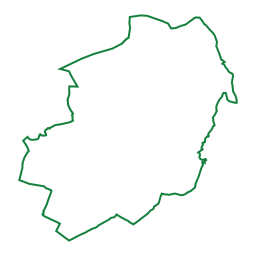 Bø nor, Telemark, Norway (Mercator projection)
{"feature_id": "86288312B18605763304298", "entity_name": "Bø nor", "entity_type": "district", "adm_level": 2, "iso_a3": "NOR", "parent_name": "Norway", "parent_adm1": "Telemark", "projection": "mercator", "projection_center": [8.999, 59.44], "detail": "fine", "context": "isolated", "style": "outline", "palette": "green", "viewbox_px": 256, "rotation_deg": 0, "n_neighbors": 0, "source": "geoboundaries", "source_scale": "gbopen_adm2", "svg_char_len": 5650}
<svg xmlns="http://www.w3.org/2000/svg" viewBox="0 0 256 256"><path d="M232.7,74.1L232.2,73.6L231.3,73.3L230.6,72.8L230.2,72.7L229.5,72.3L228.9,71.6L228.4,71.2L228.2,70.6L227.7,69.7L227.3,69.2L226.2,68.0L225.2,66.7L224.5,65.2L223.6,64.2L223.5,63.9L222.4,63.7L222.7,63.1L224.6,62.0L223.1,60.6L222.6,60.4L222.1,60.0L221.7,60.0L221.3,59.6L221.0,59.1L220.7,58.1L220.8,57.7L220.4,56.6L219.9,55.8L219.7,55.2L219.4,53.6L219.1,53.2L218.9,52.5L217.6,49.6L217.5,48.9L216.3,46.4L217.0,41.7L216.9,41.5L216.3,40.0L214.9,36.0L213.6,33.7L208.5,28.3L207.9,27.4L205.4,24.7L204.3,24.2L202.1,20.6L199.6,17.6L198.1,17.6L196.0,17.4L195.4,17.5L194.6,18.1L193.9,18.2L192.4,19.7L190.9,20.6L190.0,21.3L185.7,24.5L182.3,25.5L179.4,26.5L175.9,28.0L171.2,28.5L168.0,23.4L165.1,22.4L162.9,21.3L147.1,15.8L140.6,15.4L129.8,17.0L129.4,23.6L130.1,27.5L129.5,31.7L128.6,37.7L128.3,37.7L128.3,37.8L128.0,38.2L127.4,38.4L126.9,38.9L126.6,39.1L126.2,39.1L126.0,39.4L125.6,39.6L125.4,40.2L125.1,40.5L124.7,40.7L124.2,41.2L123.7,41.4L123.5,41.7L123.4,41.9L123.3,42.5L123.2,42.6L122.8,42.9L122.5,42.9L122.2,43.4L121.9,43.7L112.3,48.6L94.0,53.9L81.8,58.6L60.1,69.0L68.9,71.2L72.3,77.8L74.6,81.6L77.5,86.6L69.3,86.4L69.3,86.6L69.5,86.9L69.4,87.5L69.4,87.8L69.2,88.1L69.2,88.8L69.2,89.4L69.2,90.4L69.3,90.9L69.4,91.3L69.4,91.6L69.2,92.2L69.3,92.7L69.4,93.9L69.2,94.6L69.2,95.2L68.7,96.1L68.5,97.3L68.4,97.5L68.2,97.7L67.8,98.4L67.9,99.1L67.7,99.7L67.9,100.3L67.9,100.6L67.6,100.8L67.7,101.1L67.9,101.6L67.8,102.0L67.8,102.4L67.9,102.9L68.0,103.2L68.1,103.7L67.9,104.1L68.0,104.4L68.2,104.9L68.5,105.3L68.5,105.9L69.0,106.5L69.2,107.1L69.2,107.4L69.5,107.9L69.6,108.5L69.9,108.7L70.2,109.0L70.2,109.4L71.2,111.0L71.3,111.4L71.5,111.6L71.8,111.7L72.1,112.1L72.2,112.6L72.2,112.8L72.9,113.3L73.0,113.5L73.0,113.9L72.9,114.1L72.0,115.1L72.4,115.9L72.5,116.2L72.4,116.8L72.5,118.5L73.0,120.7L72.2,121.0L69.9,122.2L66.2,123.0L64.3,123.5L60.7,124.3L59.8,124.4L58.8,124.7L56.4,124.8L54.8,125.3L53.9,125.9L53.5,125.9L52.6,126.6L51.6,127.1L50.1,127.8L50.0,128.2L49.9,128.4L48.3,128.0L47.9,128.1L47.7,128.3L47.7,128.9L47.5,129.0L47.2,129.2L46.5,129.3L46.1,129.5L45.5,130.1L45.4,130.4L45.2,131.1L44.9,131.4L44.9,131.9L45.2,132.7L46.0,133.9L46.1,135.2L45.4,135.5L44.2,135.6L43.7,135.5L43.1,135.6L42.5,135.5L41.3,135.4L41.2,135.2L40.2,134.2L39.6,134.7L38.7,137.6L38.1,138.8L36.4,139.4L34.0,139.7L32.6,139.8L31.0,139.7L29.7,139.3L29.5,139.2L27.5,136.9L23.2,140.7L25.7,144.4L26.0,145.0L27.2,146.9L28.8,151.1L28.6,151.3L28.3,151.5L28.1,151.8L27.4,152.5L25.3,156.1L25.1,156.5L24.0,158.5L23.8,159.6L22.9,161.6L22.5,164.7L22.5,165.3L22.3,168.4L21.2,172.7L20.8,174.4L19.3,180.0L29.0,183.8L44.0,186.3L45.9,188.2L48.9,189.2L50.0,189.7L50.2,190.1L51.2,190.3L51.5,191.0L51.3,191.6L48.0,200.6L46.9,204.0L44.7,208.8L43.7,210.5L43.9,210.7L43.7,211.5L43.3,211.9L43.6,212.5L43.5,213.0L43.5,213.8L43.3,213.9L42.9,213.9L42.6,214.1L43.1,214.7L43.1,215.1L43.0,215.3L45.6,216.9L47.1,217.5L52.3,220.0L57.6,222.4L59.9,223.7L56.2,231.0L69.1,240.6L75.4,237.3L81.5,234.2L85.6,232.5L88.2,230.8L89.7,230.2L90.9,229.5L91.7,229.0L95.1,227.8L96.9,227.0L98.3,225.5L108.9,219.6L111.1,217.8L114.1,217.3L115.1,216.6L116.4,214.5L121.8,217.7L126.4,220.1L126.6,220.3L127.5,220.5L128.0,220.8L129.9,222.4L133.4,224.4L134.4,223.6L136.0,222.6L147.6,213.7L150.3,210.8L151.3,209.9L152.0,209.7L152.9,209.3L153.5,208.5L153.7,208.1L154.0,206.6L154.2,206.4L154.6,206.4L156.7,204.7L158.2,204.0L158.8,202.8L159.5,200.5L160.5,196.6L160.7,196.4L161.8,193.6L162.2,193.8L163.9,194.2L165.0,194.4L167.6,194.5L168.4,194.8L169.4,194.8L170.5,194.6L171.6,194.1L173.4,193.8L174.0,193.8L175.3,193.6L179.2,194.7L181.3,195.2L182.3,195.1L183.3,194.9L183.8,194.6L185.2,194.2L187.2,192.7L187.7,192.2L188.2,192.3L188.6,192.1L190.7,191.0L194.8,187.7L195.5,184.8L195.7,183.9L195.7,183.3L196.4,182.1L196.8,180.7L197.1,179.9L197.9,178.4L198.4,177.1L199.2,174.8L199.6,173.4L200.1,172.0L200.5,170.6L200.7,170.3L201.2,168.5L201.2,168.4L201.4,168.0L201.9,166.9L202.1,166.5L202.5,165.5L203.0,165.0L203.0,164.7L202.5,163.3L202.3,162.9L202.2,162.2L202.3,162.0L203.0,162.4L204.7,162.9L204.4,162.0L204.4,161.7L204.7,161.0L204.9,160.9L206.1,160.3L206.2,160.1L206.0,159.7L205.8,159.3L205.5,159.0L204.8,159.1L203.6,159.8L202.4,159.9L201.7,159.7L200.3,158.8L200.0,158.5L199.6,157.9L199.4,156.7L199.8,155.6L199.8,155.4L200.0,155.1L200.0,154.7L199.9,154.4L199.5,153.4L199.2,152.8L199.1,152.7L198.1,152.6L198.2,152.3L198.3,152.2L198.6,152.0L199.1,152.0L199.5,151.8L201.1,150.2L201.9,150.1L202.4,149.7L202.5,149.4L202.0,149.1L202.2,148.7L201.6,148.3L201.5,148.1L201.6,147.6L201.7,147.4L201.7,146.9L202.2,146.1L202.4,145.4L202.6,145.2L202.9,145.0L203.0,144.8L202.9,144.5L202.8,144.4L202.6,143.4L202.5,143.1L202.6,142.7L203.2,142.3L204.0,142.5L204.8,142.3L205.1,140.2L205.1,139.3L205.3,138.4L205.8,138.0L206.6,137.0L206.8,136.8L207.2,136.4L207.4,136.3L208.1,136.7L208.3,136.7L208.6,136.5L208.6,136.3L208.7,136.0L208.6,135.3L208.4,134.7L208.2,134.3L208.3,134.2L208.6,133.7L208.7,133.2L211.0,130.4L211.7,129.2L212.4,128.2L212.9,126.5L214.2,125.6L214.6,125.2L214.1,123.7L213.2,120.7L213.2,119.2L212.8,118.0L213.3,117.0L214.5,115.3L215.7,113.2L215.9,112.6L216.1,112.1L216.7,111.3L216.8,110.9L216.7,110.5L216.3,109.7L216.4,109.1L216.4,108.9L216.5,108.5L216.3,106.9L216.3,106.3L216.5,106.1L216.8,105.3L217.6,103.1L219.3,99.9L220.9,97.9L222.0,96.7L222.3,96.0L222.4,95.6L222.3,95.4L222.3,95.2L222.5,94.7L222.9,93.9L223.5,93.0L225.8,93.0L226.9,97.3L227.3,99.6L229.4,101.3L234.7,102.7L236.6,102.8L236.7,100.7L236.4,98.5L235.7,96.8L235.6,96.0L234.7,94.4L233.8,92.8L233.1,91.2L232.5,85.6L231.9,82.7L232.5,78.5L232.7,78.0L232.9,76.4L232.8,75.0L232.7,74.1Z" fill="none" stroke="#15803d" stroke-width="2"/></svg>